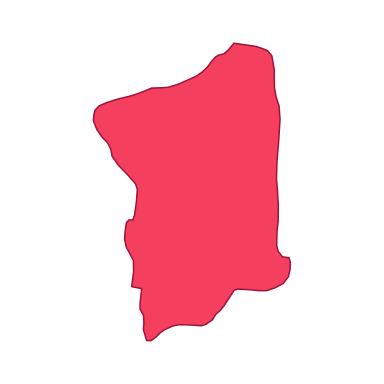 Douigni, Nyanga, Gabon (orthographic projection), rotated 99°
{"feature_id": "22940354B25852434445694", "entity_name": "Douigni", "entity_type": "district", "adm_level": 2, "iso_a3": "GAB", "parent_name": "Gabon", "parent_adm1": "Nyanga", "projection": "orthographic", "projection_center": [10.944, -2.448], "detail": "fine", "context": "isolated", "style": "filled", "palette": "rose", "viewbox_px": 384, "rotation_deg": 99, "n_neighbors": 0, "source": "geoboundaries", "source_scale": "gbopen_adm2", "svg_char_len": 1347}
<svg xmlns="http://www.w3.org/2000/svg" viewBox="0 0 384 384"><g transform="rotate(99 192 192)"><path d="M294.9,236.8L295.3,226.6L310.1,225.9L315.7,225.0L321.7,220.5L329.6,218.9L335.4,218.5L345.8,213.6L345.3,209.3L340.8,204.8L336.4,201.7L332.4,197.7L327.5,190.3L325.2,184.2L324.2,178.1L323.4,170.5L322.7,161.9L320.2,157.1L314.9,151.8L309.0,149.3L304.5,145.5L298.6,142.2L291.2,138.9L282.4,135.0L280.8,132.0L279.4,118.8L279.1,111.2L277.8,103.1L273.8,95.2L268.1,87.6L260.8,83.6L253.2,83.0L245.9,83.9L241.8,85.8L241.8,92.5L237.3,97.5L231.6,100.0L217.5,101.9L207.6,102.3L191.4,104.7L176.4,108.0L165.3,110.7L148.8,112.8L126.5,114.5L106.5,116.4L93.6,119.4L84.9,123.8L76.0,126.9L65.7,128.7L64.1,129.0L59.3,129.6L50.6,132.5L45.1,134.4L40.6,139.4L39.4,144.4L38.2,151.4L38.3,160.4L38.4,165.5L38.5,173.8L45.8,178.2L50.4,181.9L52.7,187.2L55.1,190.0L60.7,193.6L65.8,196.1L72.2,200.9L77.4,206.6L82.3,214.1L87.9,222.8L92.2,231.6L94.0,239.3L95.7,248.2L101.3,257.3L106.1,266.2L111.9,279.9L116.5,289.3L121.3,297.1L126.4,300.6L131.0,301.0L137.0,300.6L145.1,295.8L152.0,289.3L156.6,283.1L162.5,278.9L169.3,276.4L177.1,268.9L185.3,258.0L192.8,249.0L198.0,246.4L210.3,245.4L223.8,245.1L228.9,246.1L229.4,249.9L232.7,252.0L241.8,251.9L249.2,251.2L256.5,248.4L263.2,243.3L269.0,239.1L280.2,237.2L294.9,236.8Z" fill="#f43f5e" stroke="#9f1239" stroke-width="1.5"/></g></svg>